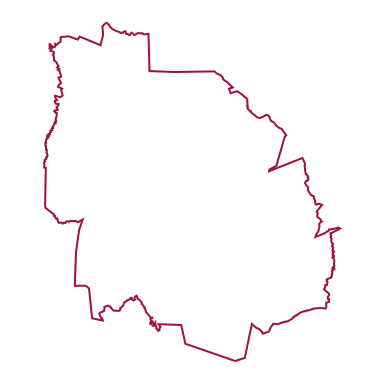 the district of Ignacio Zaragoza, Chihuahua, Mexico
{"feature_id": "50627088B16246344889030", "entity_name": "Ignacio Zaragoza", "entity_type": "district", "adm_level": 2, "iso_a3": "MEX", "parent_name": "Mexico", "parent_adm1": "Chihuahua", "projection": "robinson", "projection_center": [-107.777, 29.732], "detail": "fine", "context": "isolated", "style": "outline", "palette": "rose", "viewbox_px": 384, "rotation_deg": 0, "n_neighbors": 0, "source": "geoboundaries", "source_scale": "gbopen_adm2", "svg_char_len": 5849}
<svg xmlns="http://www.w3.org/2000/svg" viewBox="0 0 384 384"><path d="M45.8,167.8L45.1,206.4L45.7,208.0L52.1,213.1L53.7,213.9L53.9,215.7L54.8,215.7L55.6,218.4L57.2,218.4L57.3,219.6L57.8,220.0L57.8,221.1L59.0,223.0L60.8,222.5L61.8,222.8L62.7,223.6L64.0,222.6L65.4,223.0L65.7,222.2L66.7,221.3L67.5,221.3L68.7,222.0L68.8,221.7L70.6,220.7L72.1,221.2L75.7,220.9L76.4,221.6L77.8,222.2L82.7,219.5L79.1,229.9L76.0,252.1L74.8,285.8L85.0,285.7L87.0,286.6L89.0,288.4L92.1,318.3L102.9,320.6L102.6,319.5L101.8,318.0L101.3,318.0L101.3,317.4L100.4,316.5L99.2,314.0L99.3,313.6L100.6,312.3L102.1,312.1L102.8,311.3L104.2,310.8L104.1,309.9L104.6,308.3L104.3,306.9L107.9,305.7L108.7,305.8L109.4,306.4L110.3,306.5L111.5,308.6L114.0,310.7L119.2,310.8L120.1,310.3L120.2,308.1L121.5,307.3L123.2,305.6L123.9,303.4L124.8,302.0L125.5,301.8L127.2,300.3L127.6,300.5L129.2,299.4L130.6,299.1L130.6,297.9L131.6,297.8L131.8,299.3L133.5,300.5L135.0,299.5L134.4,298.2L135.4,296.4L136.6,295.7L137.3,296.9L137.5,298.8L139.6,299.8L141.7,302.5L141.5,303.8L142.3,304.2L143.5,306.2L144.5,307.3L144.2,307.5L144.3,308.0L144.7,308.0L146.2,312.2L150.7,317.5L150.6,317.8L151.5,318.1L152.2,317.7L152.3,318.2L150.7,318.6L150.5,319.4L151.4,322.3L150.5,322.5L150.2,323.7L151.1,324.2L151.6,322.7L152.7,321.5L153.8,323.9L152.5,326.5L153.7,325.3L154.2,325.3L154.1,324.4L154.5,324.3L155.3,322.8L155.6,326.2L156.2,326.4L156.4,327.0L156.2,328.3L158.1,330.7L158.5,330.0L159.4,330.2L159.5,328.5L160.5,326.9L158.6,324.2L181.2,325.0L185.4,343.8L235.2,361.0L244.8,357.9L251.9,324.0L256.0,327.7L258.9,328.8L262.3,332.2L262.3,333.0L263.3,333.7L263.7,333.7L266.0,332.4L267.8,332.2L269.3,330.9L271.0,326.6L272.1,325.7L273.0,324.0L273.5,323.7L277.8,324.2L280.7,323.2L281.0,322.8L282.2,322.7L282.6,322.2L283.7,322.3L285.2,321.5L285.7,321.8L287.9,321.2L291.5,319.1L293.5,317.5L293.4,316.9L294.3,316.7L295.1,315.8L296.2,315.7L296.2,315.4L297.0,315.0L297.5,314.4L298.2,314.4L299.7,312.9L304.6,311.0L305.8,311.4L307.2,310.2L308.3,310.5L313.7,308.6L317.0,308.2L322.7,308.1L325.5,308.6L326.3,307.0L326.2,302.8L328.8,302.0L329.1,299.2L327.9,298.9L327.8,297.0L329.1,295.2L329.3,294.1L327.6,292.2L326.6,291.7L324.0,289.3L325.1,287.1L325.2,285.4L326.0,285.0L326.7,285.2L327.0,284.6L327.5,282.1L327.4,281.4L326.6,281.0L326.5,279.8L327.6,278.9L331.1,277.7L331.2,277.4L331.0,277.2L331.9,275.8L331.7,274.4L332.5,273.4L331.9,271.6L332.8,270.6L332.2,269.7L332.2,269.2L332.5,268.6L333.8,268.7L334.4,269.1L334.5,268.6L333.7,267.4L332.9,267.6L332.8,267.4L334.4,265.9L334.0,263.9L334.3,260.1L333.6,258.5L332.3,257.7L332.6,257.2L333.7,257.0L333.9,256.2L333.8,255.5L332.8,255.2L332.6,254.3L333.0,253.9L332.8,252.7L334.2,251.8L333.7,251.1L332.9,251.1L332.5,250.6L333.3,247.6L331.9,246.3L332.1,245.6L332.9,244.8L332.9,243.5L331.8,242.6L331.3,241.4L331.3,239.8L331.7,239.0L330.6,237.3L331.4,235.7L330.3,234.2L330.5,233.2L332.1,232.8L340.1,228.5L338.7,227.6L331.5,229.3L329.1,229.4L328.8,230.5L323.8,233.7L315.4,237.0L316.7,233.7L318.2,231.4L319.1,228.5L319.5,226.8L319.2,224.1L320.5,222.2L321.7,221.6L321.0,221.2L320.8,220.1L320.2,219.1L317.9,217.4L317.2,216.5L317.3,215.1L317.7,213.5L317.7,212.9L316.9,212.2L316.8,211.3L322.1,204.9L319.0,203.6L316.4,204.7L316.0,204.6L315.0,202.4L315.3,200.9L313.9,198.2L313.9,196.6L313.4,196.0L311.7,195.4L310.6,194.5L307.9,190.1L308.1,187.4L306.7,185.8L305.0,183.1L305.6,181.6L306.8,180.6L307.9,180.6L308.3,179.8L308.4,178.2L307.6,177.5L308.2,176.5L306.2,173.9L305.8,174.1L305.4,172.5L304.7,166.6L304.9,163.4L302.5,158.0L269.1,171.2L269.3,169.6L276.4,165.7L284.6,137.2L285.2,136.2L286.3,135.4L281.6,128.8L278.8,127.8L276.3,125.7L273.9,122.4L271.0,120.9L270.1,119.3L269.5,117.2L268.8,115.8L267.3,115.0L266.3,114.8L261.5,117.5L259.7,118.0L256.7,117.3L255.6,115.9L251.9,113.0L251.0,111.7L250.5,111.7L250.4,110.9L249.5,110.6L247.4,108.2L247.6,106.8L247.9,106.6L247.1,105.9L247.5,104.7L247.3,99.5L246.4,98.2L245.5,97.3L244.4,96.9L243.9,96.1L241.3,94.0L237.2,91.2L230.7,93.2L228.9,88.7L232.8,87.5L227.1,82.1L223.2,79.4L223.0,78.0L220.6,75.2L216.6,73.4L214.5,71.4L174.5,72.0L149.5,71.1L148.5,33.8L143.9,34.4L142.1,33.1L141.1,33.6L138.9,33.0L137.0,33.4L136.0,34.3L134.5,35.1L131.5,32.7L130.3,33.9L129.9,35.1L129.2,35.2L127.3,33.9L126.1,33.9L125.2,31.2L123.5,31.9L123.2,32.8L122.0,32.6L120.4,33.0L119.4,32.0L115.9,30.9L112.3,29.0L111.0,27.6L109.6,26.5L109.4,25.3L106.9,23.0L105.5,23.4L103.7,24.9L103.1,26.1L102.4,26.3L103.1,34.8L100.5,45.2L79.7,36.6L77.8,39.6L68.7,36.3L61.4,37.0L61.1,37.5L60.7,37.4L60.5,42.1L58.5,42.8L57.4,44.4L56.8,44.7L56.4,44.7L55.3,43.9L55.3,46.3L54.6,47.2L53.1,47.1L52.6,46.2L51.0,46.3L51.2,45.8L50.3,44.2L50.0,44.0L49.4,44.3L49.8,45.7L49.5,48.3L50.4,48.3L50.7,47.7L51.1,47.5L51.8,48.2L51.8,48.6L50.6,49.9L50.4,50.9L53.4,51.7L53.9,52.1L53.9,53.6L52.8,54.7L53.7,55.8L54.0,57.6L53.9,60.0L56.1,62.0L58.5,66.3L57.1,67.5L59.2,68.9L57.8,69.9L59.6,71.0L61.2,76.6L58.5,77.7L61.1,83.1L58.9,84.8L58.0,86.7L62.2,88.7L61.1,90.0L62.6,95.3L61.7,96.5L60.0,97.2L55.2,95.7L55.0,96.4L55.7,98.2L57.0,100.3L54.9,100.9L54.6,101.7L55.7,103.6L57.2,104.1L58.4,103.9L58.4,105.4L56.5,107.3L57.7,109.2L57.7,109.9L54.6,110.5L54.2,110.9L54.8,111.9L55.9,112.9L56.6,112.8L56.9,113.4L56.5,117.1L55.9,117.9L55.9,119.0L55.5,119.8L56.1,120.6L55.9,121.7L56.1,121.9L55.3,122.5L54.7,122.2L54.6,122.8L55.1,123.5L54.5,123.5L54.1,124.1L53.4,126.3L52.7,126.5L52.6,126.9L53.0,126.9L53.1,128.2L51.5,128.9L51.5,129.5L52.0,130.2L51.2,130.3L50.9,131.7L50.3,131.4L49.9,133.4L49.3,133.7L49.7,134.4L48.6,134.4L47.9,134.8L48.9,135.1L47.8,136.1L48.5,136.6L47.2,137.2L47.6,138.0L47.0,138.0L47.0,138.7L46.2,139.7L45.7,142.0L46.1,142.7L45.3,143.2L45.7,145.2L45.4,145.8L46.1,146.6L46.0,149.4L46.8,149.8L46.3,150.3L46.8,151.9L46.5,152.6L47.3,154.2L47.5,155.6L47.1,156.2L47.3,156.6L46.8,157.3L46.3,157.4L46.6,157.9L46.2,158.9L44.6,159.9L44.9,161.6L43.9,162.6L44.4,164.5L44.2,167.5L45.8,167.8Z" fill="none" stroke="#9f1239" stroke-width="2"/></svg>